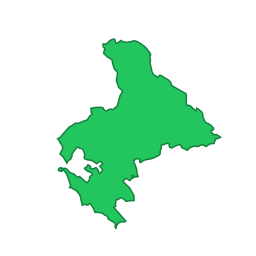 map outline of Bern (Mercator projection), rotated 246°
{"feature_id": "CHE-3424", "entity_name": "Bern", "entity_type": "Canton", "adm_level": 1, "iso_a3": "CHE", "parent_name": "Switzerland", "parent_adm1": "", "projection": "mercator", "projection_center": [7.53, 46.838], "detail": "fine", "context": "isolated", "style": "filled", "palette": "green", "viewbox_px": 256, "rotation_deg": 246, "n_neighbors": 0, "source": "natural_earth", "source_scale": "10m", "svg_char_len": 5699}
<svg xmlns="http://www.w3.org/2000/svg" viewBox="0 0 256 256"><g transform="rotate(246 128 128)"><path d="M214.9,139.3L213.9,141.5L213.8,142.3L213.9,143.7L214.2,144.7L214.9,146.0L215.0,146.6L215.1,147.5L215.3,148.1L215.3,148.8L215.3,149.5L215.1,151.2L214.7,151.7L213.9,151.9L213.0,151.9L211.2,151.4L210.5,151.5L210.0,152.1L210.0,154.0L210.5,155.3L210.8,157.4L209.7,157.6L207.6,160.2L206.9,161.5L206.5,162.8L205.8,165.2L205.3,168.7L204.8,169.6L204.3,170.4L203.1,171.6L201.4,172.7L200.3,173.7L195.2,176.5L192.6,177.4L186.9,178.6L186.3,178.6L185.7,178.5L185.4,178.2L185.3,177.7L185.2,177.0L185.1,176.9L182.2,176.6L179.5,175.4L178.6,174.6L169.3,172.8L166.5,173.0L162.9,175.2L162.4,175.7L162.3,176.0L163.0,177.3L163.2,177.8L163.2,178.3L162.8,179.1L162.5,179.6L159.5,181.5L155.5,184.4L153.2,185.3L152.2,185.4L150.5,185.4L149.2,185.0L136.0,194.7L134.7,194.8L127.4,191.4L125.2,191.1L124.7,191.3L124.3,191.6L124.0,192.7L123.8,193.0L122.6,194.0L122.3,194.3L118.6,195.5L116.1,197.0L116.7,197.9L118.1,198.7L116.5,200.1L112.7,201.8L111.7,202.0L111.0,202.0L107.5,200.9L102.7,201.0L101.2,201.3L100.7,201.7L99.6,203.0L97.1,204.7L93.0,206.1L92.4,205.7L91.7,205.5L91.6,205.2L91.7,203.9L91.6,202.8L91.3,202.4L90.7,202.4L87.2,203.6L86.8,203.8L86.6,204.1L86.5,205.1L85.7,206.5L81.9,208.8L81.8,205.6L82.0,205.0L82.5,204.1L82.5,203.6L82.2,203.2L81.5,202.8L80.0,201.2L78.9,200.3L80.1,196.5L80.1,195.6L79.9,194.4L79.6,193.4L79.2,192.0L79.5,191.5L81.3,190.4L82.3,189.1L82.7,188.0L82.8,187.0L82.5,184.9L82.6,184.3L82.9,183.7L83.5,182.9L84.3,181.3L84.6,180.1L84.7,178.8L84.7,177.8L84.8,176.6L84.7,176.0L84.6,175.5L84.0,174.6L83.5,173.2L87.9,169.3L90.9,169.1L91.4,168.9L91.9,168.2L92.1,166.8L92.3,164.6L91.9,159.9L93.1,158.5L93.6,158.2L95.2,158.5L96.1,158.9L96.9,159.0L97.9,157.9L98.3,157.4L98.1,156.8L98.5,152.9L98.8,151.8L98.6,151.5L97.4,150.7L97.2,150.4L96.9,150.1L96.5,150.1L96.1,150.1L95.7,150.0L95.3,149.7L94.9,148.8L93.9,148.1L93.4,147.8L91.5,147.0L91.2,146.7L90.9,146.2L90.5,145.0L90.3,142.7L90.3,138.5L90.6,136.0L91.9,130.7L91.9,128.3L91.6,126.7L91.3,126.0L91.4,125.5L92.2,124.8L92.8,124.9L93.0,125.1L93.0,125.5L93.5,125.9L94.2,125.9L94.8,125.6L95.9,124.7L96.4,123.4L95.9,119.8L87.1,119.1L81.5,117.4L80.4,117.7L79.9,117.7L79.5,117.5L79.5,117.1L80.2,115.4L80.5,114.5L80.6,113.7L80.3,112.0L80.3,111.0L80.2,110.3L79.9,109.7L79.3,108.6L79.3,108.2L79.5,108.0L80.9,107.2L81.5,106.8L82.6,105.4L82.9,104.8L82.1,103.7L82.0,102.7L81.9,102.4L81.6,102.1L80.6,101.8L72.6,105.1L63.9,105.9L59.3,104.1L60.4,101.2L60.9,100.1L61.5,97.4L61.8,96.7L62.2,96.2L64.7,95.2L65.8,94.3L66.8,93.7L67.0,93.4L67.1,92.8L67.1,91.9L66.9,90.7L66.6,89.5L66.7,89.3L67.3,88.8L67.3,88.5L66.9,87.8L66.1,87.1L62.9,85.3L61.4,84.9L61.3,82.7L43.9,88.1L43.7,88.1L43.6,87.1L43.9,85.9L44.4,85.4L44.6,84.9L45.1,82.9L45.2,81.8L45.1,81.2L44.8,80.3L44.1,78.9L42.9,77.2L40.7,76.0L43.7,76.2L44.7,77.1L45.0,77.5L45.5,77.7L46.3,77.5L47.5,76.8L51.5,73.8L52.7,73.0L55.2,73.1L56.3,72.9L57.5,71.7L58.5,71.0L60.3,70.1L61.4,68.9L62.2,67.8L62.7,66.8L63.5,65.6L63.8,64.9L64.0,64.0L64.4,63.6L65.2,63.5L68.6,63.8L73.9,62.8L74.5,62.2L74.3,61.5L74.1,60.4L74.0,59.9L74.1,59.5L74.3,59.0L75.4,58.2L75.8,57.7L76.0,57.1L75.9,56.4L76.1,54.8L85.3,56.7L87.4,56.5L89.1,56.2L91.9,55.2L93.1,54.4L94.0,53.7L94.4,53.2L94.9,52.9L95.8,52.5L96.4,51.9L96.8,51.3L97.1,50.6L97.3,50.3L97.6,50.5L98.2,51.8L99.3,52.3L111.2,53.3L117.7,51.4L116.9,53.9L116.3,54.6L115.3,55.4L111.7,56.5L110.9,57.0L110.0,57.7L108.8,59.1L107.7,60.0L105.3,61.0L103.0,62.9L103.3,64.1L95.1,67.7L94.8,68.5L95.4,69.8L95.8,70.4L96.1,71.3L96.4,71.8L96.9,72.1L98.1,72.5L98.7,72.9L98.9,73.4L99.7,75.3L99.8,75.7L99.6,76.4L99.9,76.6L100.6,76.8L101.7,76.6L102.6,76.1L103.4,75.0L104.4,74.1L105.0,73.4L105.9,73.2L106.7,72.5L107.3,72.2L109.0,71.9L109.2,73.9L109.4,74.7L109.7,75.1L110.2,75.5L110.6,76.1L110.2,76.9L109.1,77.8L108.3,77.9L107.6,77.8L107.1,77.5L106.7,77.5L105.5,78.5L104.9,79.5L104.7,80.3L104.9,81.8L104.8,82.6L104.0,83.0L102.0,83.6L101.5,83.6L100.4,83.3L99.7,83.4L98.5,83.1L98.1,83.2L98.0,83.9L98.1,84.5L98.8,85.7L99.4,87.0L100.0,87.6L100.4,87.8L103.5,86.9L104.5,86.7L104.7,86.8L104.8,88.2L105.7,90.4L107.8,89.7L108.5,89.3L108.8,88.7L108.9,87.8L108.8,87.0L108.2,85.6L108.2,84.9L108.6,84.5L111.5,83.1L113.0,81.7L115.9,77.5L117.4,76.0L118.6,75.8L121.6,77.9L126.6,78.0L127.3,77.9L128.4,76.7L129.1,75.7L130.1,75.2L130.4,74.8L130.7,74.3L130.9,73.8L130.7,72.9L130.2,71.6L128.6,68.8L126.9,66.2L124.9,65.3L122.8,62.8L122.7,61.6L122.3,59.8L120.7,57.9L128.0,57.0L131.9,55.3L135.6,59.7L136.9,60.5L139.9,60.7L142.0,59.9L143.1,60.2L146.8,59.3L147.1,62.5L147.2,62.8L148.6,65.3L151.5,71.8L151.9,72.7L152.5,74.1L152.9,75.4L152.9,77.0L153.8,81.9L153.0,83.5L152.6,84.6L152.4,86.2L152.4,89.4L152.1,92.6L152.1,93.6L152.3,94.8L153.3,96.0L154.0,97.3L154.6,98.0L155.0,100.6L157.9,100.9L158.6,101.5L161.0,102.0L160.3,105.7L160.0,106.4L159.6,107.9L159.0,108.8L158.8,109.2L158.6,110.2L158.5,110.7L158.3,111.1L157.7,111.5L157.3,112.4L157.0,113.0L156.5,113.4L155.9,113.5L155.0,113.3L154.8,113.3L153.9,113.9L153.0,114.3L152.6,114.6L152.4,115.2L152.4,116.2L152.6,118.1L152.5,119.3L152.2,120.2L151.2,121.2L151.0,122.0L152.0,125.1L152.0,126.4L153.7,128.2L160.9,134.0L162.2,136.0L163.7,137.8L164.3,138.0L165.2,137.8L166.8,136.9L168.7,136.1L174.4,136.4L176.5,136.9L181.3,140.1L182.6,140.7L183.4,140.9L184.0,140.8L186.6,139.8L187.8,139.6L193.5,140.3L195.7,140.9L196.7,141.0L197.9,140.5L201.6,137.9L206.3,136.1L209.9,139.2L210.7,138.8L212.1,138.5L212.7,138.5L214.9,139.3ZM82.3,113.1L82.6,112.9L83.0,112.4L83.0,111.9L81.3,112.3L81.7,113.1L82.0,113.1L82.3,113.1ZM117.5,47.2L118.4,47.5L119.0,48.2L119.2,48.9L119.2,49.6L119.1,50.5L119.0,50.9L118.0,51.0L116.0,50.7L115.6,50.5L115.5,50.0L115.8,48.9L117.5,47.2Z" fill="#22c55e" stroke="#15803d" stroke-width="1.5"/></g></svg>